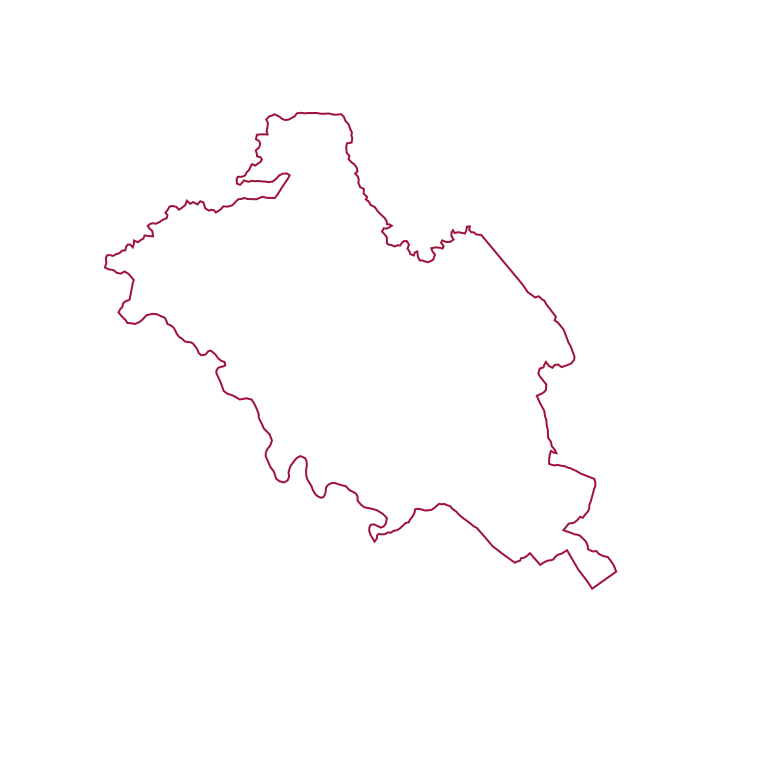 Londrina, Paraná, Brazil (Robinson projection), rotated 146°
{"feature_id": "56859067B34641840661798", "entity_name": "Londrina", "entity_type": "district", "adm_level": 2, "iso_a3": "BRA", "parent_name": "Brazil", "parent_adm1": "Paraná", "projection": "robinson", "projection_center": [-51.103, -23.475], "detail": "fine", "context": "isolated", "style": "outline", "palette": "rose", "viewbox_px": 768, "rotation_deg": 146, "n_neighbors": 0, "source": "geoboundaries", "source_scale": "gbopen_adm2", "svg_char_len": 6164}
<svg xmlns="http://www.w3.org/2000/svg" viewBox="0 0 768 768"><g transform="rotate(146 384 384)"><path d="M285.3,489.9L287.6,491.3L290.1,491.0L293.4,489.8L295.2,491.5L298.4,492.1L300.1,495.1L302.1,496.7L302.9,499.2L301.4,501.2L299.7,503.9L299.7,506.9L300.4,511.5L297.1,513.2L295.2,511.5L292.6,510.9L289.1,510.9L290.3,513.4L292.3,514.9L290.7,517.5L290.7,521.4L292.3,528.7L292.7,531.4L292.7,535.8L294.9,539.7L294.6,543.6L295.8,547.2L293.4,548.4L294.4,553.3L291.6,556.9L293.7,560.7L292.7,565.2L290.6,567.6L289.7,570.9L290.2,574.7L287.1,575.0L285.7,578.4L285.7,582.2L287.1,586.6L287.6,590.2L285.1,592.4L285.7,596.5L282.8,601.7L280.1,604.2L275.9,602.3L272.9,605.4L272.1,608.2L270.0,610.4L269.4,614.4L268.1,619.4L268.9,623.3L267.9,627.8L268.6,631.7L270.8,632.7L274.6,635.0L278.5,639.1L284.7,642.9L288.5,646.5L296.3,651.6L298.5,652.8L300.9,655.1L304.9,657.1L308.5,655.8L315.4,656.6L318.3,658.1L320.2,660.7L321.2,664.2L323.9,668.8L326.4,669.1L329.8,670.1L333.7,669.1L334.4,665.1L337.3,661.7L339.8,659.5L341.0,656.0L346.1,659.6L350.0,661.7L353.3,658.5L351.7,655.2L352.3,652.4L354.9,650.1L359.8,649.3L360.5,646.3L361.9,643.8L359.6,641.0L359.7,638.3L362.3,637.2L368.7,637.2L370.6,640.1L376.7,636.7L379.2,636.4L382.7,634.5L386.0,635.3L389.3,637.5L391.5,636.3L393.9,632.4L392.0,629.6L388.5,630.3L386.3,631.1L383.2,627.3L380.4,626.6L377.5,624.2L374.9,622.8L371.4,619.8L368.7,617.8L367.0,616.0L363.0,614.0L357.6,614.6L354.6,615.5L350.3,615.0L346.7,612.8L345.5,609.8L348.4,608.2L359.5,603.7L366.0,600.7L370.4,599.2L376.9,603.7L380.0,607.2L386.5,608.5L393.7,613.7L395.7,616.3L398.7,617.1L401.2,618.6L404.1,618.2L409.6,617.0L412.3,617.7L414.8,618.7L417.8,621.1L422.1,620.0L427.5,620.2L427.8,623.0L429.6,625.0L432.1,625.5L434.0,629.5L432.2,635.4L434.1,638.2L438.3,637.2L440.4,641.5L443.9,641.8L444.9,646.2L448.6,643.5L453.4,643.1L456.5,643.2L457.1,647.0L459.7,649.8L462.6,651.0L465.8,649.4L469.4,648.3L469.1,645.0L471.6,642.9L474.9,643.8L479.4,643.8L483.5,644.4L485.5,646.3L488.2,647.5L491.5,647.2L491.5,644.0L490.5,640.4L492.8,635.6L495.9,637.8L499.4,641.0L502.2,639.1L505.1,639.4L508.7,639.1L511.1,642.8L513.3,639.7L515.9,637.8L516.4,641.4L518.4,642.9L521.4,641.8L523.7,639.5L526.3,640.9L530.1,640.4L533.4,641.4L537.0,641.7L539.4,644.4L541.6,645.5L544.1,644.0L546.7,639.4L550.2,636.7L548.5,633.5L544.5,629.5L543.3,625.4L540.5,622.7L536.2,622.4L534.2,618.1L533.3,610.1L536.0,608.0L543.2,600.7L547.8,596.2L553.2,597.2L555.5,596.5L557.6,594.3L560.6,593.6L564.1,591.8L563.4,585.5L562.5,581.9L562.6,578.1L559.7,575.8L556.9,573.0L551.9,572.1L548.7,572.4L542.2,573.8L536.7,571.6L533.4,569.0L530.8,564.6L528.7,561.5L529.1,557.9L530.0,555.0L527.7,551.2L527.0,548.5L527.0,545.8L527.8,541.3L527.4,537.2L526.2,534.7L525.2,530.4L520.7,526.4L519.6,523.7L519.4,516.9L520.3,513.1L519.4,510.0L515.5,508.2L511.4,509.4L509.1,508.7L507.9,505.3L507.3,502.4L507.1,497.7L505.9,494.1L503.9,491.5L505.2,488.2L507.6,488.6L512.1,490.2L515.2,489.0L516.9,486.8L518.4,477.2L520.8,467.9L519.1,463.3L515.4,458.5L512.3,451.9L508.9,450.3L506.3,449.3L502.4,445.0L502.6,439.8L503.5,434.1L504.8,428.8L506.7,426.2L507.7,418.4L508.5,414.4L507.0,406.4L508.5,399.8L512.7,396.6L517.1,395.3L520.2,393.3L522.4,390.5L524.6,378.6L524.3,373.1L525.1,370.0L526.4,366.0L525.2,362.2L522.4,358.6L519.9,358.0L517.6,358.1L514.5,360.2L512.5,364.2L507.6,368.2L499.7,371.0L496.6,371.4L493.6,371.0L490.9,366.7L491.2,363.9L492.6,361.1L494.0,358.9L495.9,357.3L499.4,352.1L500.9,347.7L501.2,340.3L502.3,335.7L502.6,331.2L501.6,327.6L499.6,324.7L497.3,324.2L494.6,325.5L492.3,327.6L490.1,330.4L487.4,331.5L484.4,331.5L481.9,330.8L478.9,328.0L477.2,325.5L472.7,320.5L472.1,315.6L468.6,309.3L468.7,305.8L471.1,302.0L470.7,297.6L469.4,293.0L463.8,287.3L460.6,283.5L458.7,279.6L457.4,276.3L456.6,271.1L460.7,267.1L464.2,266.1L466.9,266.7L470.8,273.3L473.9,274.7L476.4,273.2L478.3,270.6L479.5,266.8L480.0,258.6L476.3,259.9L474.6,262.3L472.2,262.7L470.3,260.8L467.3,259.1L463.5,258.6L461.6,256.9L458.1,256.9L454.9,255.5L451.0,255.4L443.6,256.7L440.9,255.5L438.7,256.8L434.6,258.2L431.1,259.9L428.3,262.7L426.0,261.8L423.8,259.9L420.7,256.2L418.5,254.8L414.7,253.1L411.6,253.1L405.5,253.9L403.4,252.0L401.1,250.9L399.6,248.4L397.4,245.7L397.2,242.6L395.3,237.3L395.1,234.5L394.0,230.2L391.1,222.2L389.1,215.6L387.6,213.0L386.3,203.5L384.7,189.0L380.7,176.9L375.5,162.7L372.8,162.3L370.0,161.4L367.7,162.9L364.9,161.6L362.0,161.5L357.6,162.1L355.6,146.7L352.1,146.7L349.7,146.5L346.7,145.9L344.0,144.5L341.5,143.8L338.5,145.0L335.2,145.2L331.8,144.1L325.2,143.8L326.7,121.5L325.8,106.6L325.9,97.9L296.4,98.6L294.9,105.1L294.9,111.3L295.3,115.6L298.3,118.5L300.9,122.8L301.3,126.6L304.9,128.7L307.3,133.1L305.5,136.0L304.7,141.1L306.4,148.8L308.2,151.2L310.2,152.9L312.4,156.4L315.3,160.0L317.0,162.5L312.0,163.9L309.2,165.0L304.3,162.8L300.8,162.9L295.7,164.2L293.9,161.9L290.6,163.2L286.2,164.3L283.7,165.8L281.2,169.1L278.3,171.0L268.8,179.2L266.0,181.1L263.8,184.3L262.7,187.7L271.0,199.7L273.3,204.7L274.8,206.8L276.3,209.5L278.5,212.2L279.8,214.4L283.6,217.9L285.2,219.9L287.7,220.9L289.6,222.5L291.8,225.5L288.8,229.8L286.0,232.8L283.0,235.1L281.6,232.2L279.8,230.3L279.2,234.1L279.7,238.6L277.9,242.8L278.0,247.5L275.7,251.5L273.7,254.5L272.9,257.3L269.3,264.0L268.6,267.1L266.2,271.9L265.3,281.1L263.9,288.8L258.9,287.8L255.6,287.8L252.9,288.6L249.7,292.9L250.6,303.6L250.0,306.6L246.2,309.7L242.5,308.6L240.2,310.4L237.4,311.7L237.2,306.9L235.4,303.3L231.7,304.3L228.7,302.6L227.3,298.7L221.2,297.1L217.2,296.3L212.9,297.7L210.8,300.1L208.1,311.2L207.9,315.1L205.5,324.9L204.7,329.0L205.5,337.6L206.9,341.4L203.9,343.6L204.8,359.3L204.5,363.4L205.7,366.0L206.7,370.2L210.4,371.3L213.5,379.9L213.4,387.8L220.0,453.2L223.8,456.2L224.7,459.5L226.8,461.0L227.1,464.3L224.7,466.7L227.3,468.0L230.1,465.1L232.7,463.5L237.4,468.2L241.0,469.7L240.9,472.9L243.1,471.9L245.3,469.3L245.6,464.8L249.9,464.9L253.1,467.1L255.4,470.5L257.7,469.2L257.5,464.8L259.8,463.6L261.5,465.7L264.9,468.5L268.9,470.1L269.7,466.7L269.3,462.7L273.9,459.5L279.2,460.2L281.1,462.1L283.0,464.9L285.3,466.5L284.7,470.4L282.3,475.3L284.8,475.8L287.4,473.9L289.5,476.9L288.8,479.6L288.8,483.1L285.3,485.6L285.3,489.9Z" fill="none" stroke="#9f1239" stroke-width="2"/></g></svg>